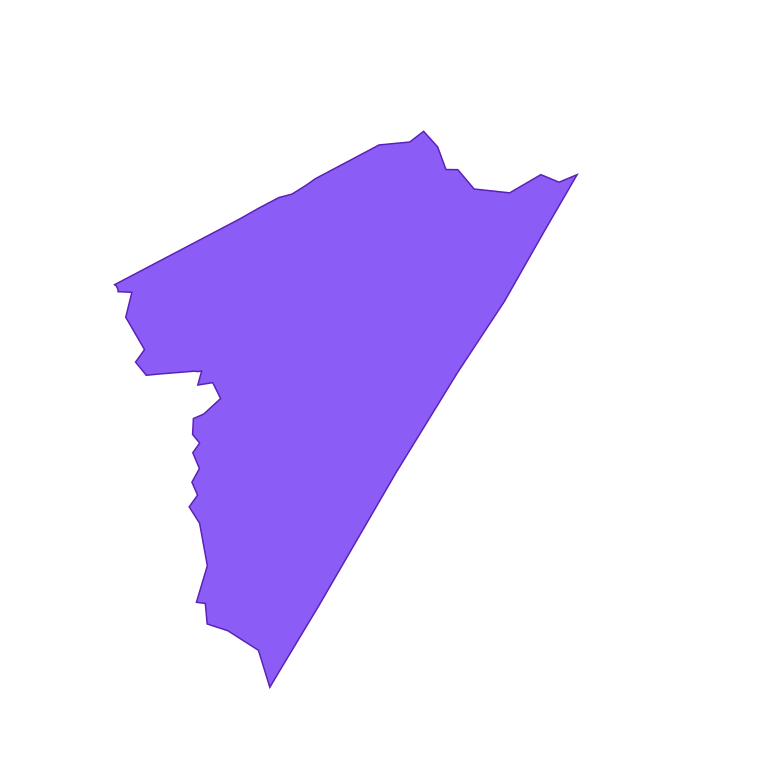 Southampton, Virginia, United States of America, rotated 152°
{"feature_id": "52423323B94499029324325", "entity_name": "Southampton", "entity_type": "district", "adm_level": 2, "iso_a3": "USA", "parent_name": "United States of America", "parent_adm1": "Virginia", "projection": "robinson", "projection_center": [-77.053, 36.77], "detail": "fine", "context": "isolated", "style": "filled", "palette": "violet", "viewbox_px": 768, "rotation_deg": 152, "n_neighbors": 0, "source": "geoboundaries", "source_scale": "gbopen_adm2", "svg_char_len": 879}
<svg xmlns="http://www.w3.org/2000/svg" viewBox="0 0 768 768"><g transform="rotate(152 384 384)"><path d="M545.7,218.8L454.5,275.5L415.3,299.9L313.3,359.8L238.7,400.5L171.6,443.1L115.2,478.2L134.7,480.0L147.2,495.2L183.4,493.8L212.9,513.9L218.2,538.6L228.6,544.3L225.3,568.1L230.4,588.5L247.7,585.6L276.1,597.4L348.2,597.5L359.9,596.0L376.1,594.9L380.1,595.8L389.4,598.0L411.3,598.1L434.7,597.5L575.3,598.2L574.3,596.1L574.6,591.7L575.5,590.4L563.6,583.3L580.7,564.2L579.3,526.8L593.1,520.0L589.8,503.3L580.3,499.4L545.7,484.5L542.5,482.3L538.9,481.1L548.9,470.5L534.6,465.6L535.1,447.9L557.2,442.1L568.5,443.0L576.7,429.3L574.5,418.4L585.1,413.1L586.7,396.0L599.7,387.5L600.8,373.4L613.7,367.0L612.2,347.6L625.3,306.5L652.1,279.3L644.8,274.1L652.8,255.1L637.7,239.4L619.9,207.8L627.2,169.8L610.7,179.8L545.7,218.8Z" fill="#8b5cf6" stroke="#5b21b6" stroke-width="1.5"/></g></svg>